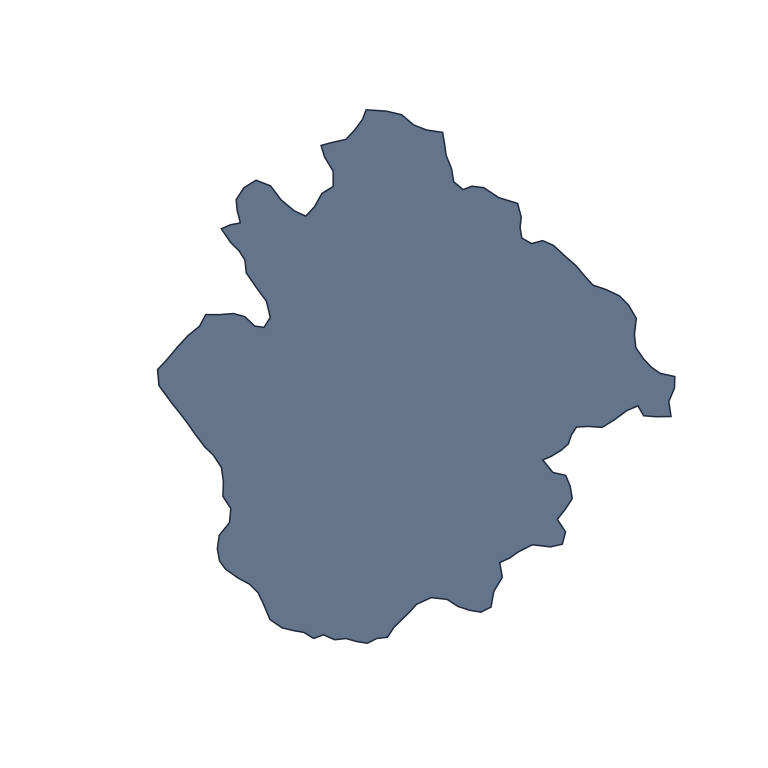 Frei Lagonegro, Minas Gerais, Brazil (Natural Earth projection), rotated 141°
{"feature_id": "56859067B57712394060439", "entity_name": "Frei Lagonegro", "entity_type": "district", "adm_level": 2, "iso_a3": "BRA", "parent_name": "Brazil", "parent_adm1": "Minas Gerais", "projection": "natural_earth1", "projection_center": [-42.759, -18.147], "detail": "fine", "context": "isolated", "style": "filled", "palette": "slate", "viewbox_px": 768, "rotation_deg": 141, "n_neighbors": 0, "source": "geoboundaries", "source_scale": "gbopen_adm2", "svg_char_len": 1959}
<svg xmlns="http://www.w3.org/2000/svg" viewBox="0 0 768 768"><g transform="rotate(141 384 384)"><path d="M355.2,622.9L369.3,624.7L382.9,620.3L388.7,611.6L394.3,599.6L403.0,604.3L412.8,607.0L414.1,590.5L412.8,578.8L414.1,567.9L421.1,557.0L422.4,540.6L423.3,522.2L430.5,507.3L441.6,503.5L448.0,510.4L449.8,523.9L456.6,533.5L468.3,541.5L478.8,550.1L491.0,545.0L505.5,545.0L520.8,542.8L537.7,539.5L550.9,537.7L559.9,524.4L561.0,501.3L561.0,489.8L561.4,476.7L562.3,465.3L562.9,447.6L561.4,436.3L562.9,421.4L570.1,409.4L579.9,398.1L581.4,383.7L591.3,373.5L607.3,370.1L617.1,361.0L623.1,350.1L623.7,339.5L619.4,324.6L614.5,313.1L613.2,301.3L616.0,289.3L620.9,272.7L616.6,258.5L609.2,248.9L602.6,241.4L598.7,230.5L588.9,227.2L583.3,216.3L573.7,210.1L567.3,201.0L560.1,193.0L549.8,190.8L540.7,185.0L529.6,188.6L518.0,189.7L506.5,190.8L497.3,192.3L481.8,188.3L470.6,177.0L466.4,164.4L460.0,154.4L452.3,145.7L441.2,143.3L429.2,153.7L413.7,159.3L406.4,172.4L395.9,169.7L385.3,169.0L369.9,165.7L357.1,152.6L346.2,147.3L336.0,154.8L334.5,169.7L321.9,172.6L309.9,176.4L303.7,187.2L300.3,198.5L308.4,209.0L308.4,225.0L299.3,222.5L287.7,221.0L278.5,221.4L270.4,226.5L261.5,229.4L251.5,222.1L241.8,213.0L227.8,211.2L211.8,210.5L200.4,207.2L202.2,195.9L193.0,187.2L181.4,178.1L173.6,191.2L160.7,198.1L153.3,206.8L162.7,218.5L165.6,228.7L166.5,240.3L165.4,253.8L158.2,264.9L146.6,276.2L144.3,291.5L145.6,304.2L152.0,317.7L159.4,329.3L160.1,341.0L160.3,354.8L163.1,371.2L165.0,385.0L170.5,395.6L181.0,400.3L185.0,410.7L179.9,419.8L172.4,427.2L166.5,440.3L177.6,456.7L182.9,473.8L191.2,482.4L200.2,485.3L202.6,497.3L196.1,508.6L191.7,522.8L185.9,532.4L180.1,542.6L191.2,554.8L197.9,566.6L200.8,582.1L210.4,594.5L218.3,601.9L225.4,608.3L234.1,603.2L246.7,599.9L259.7,598.1L273.6,605.0L282.8,609.0L287.3,597.9L289.6,581.4L299.2,569.5L312.3,571.2L326.4,565.5L339.2,563.7L344.7,574.8L348.1,591.9L347.5,609.4L355.2,622.9Z" fill="#64748b" stroke="#1e293b" stroke-width="1.5"/></g></svg>